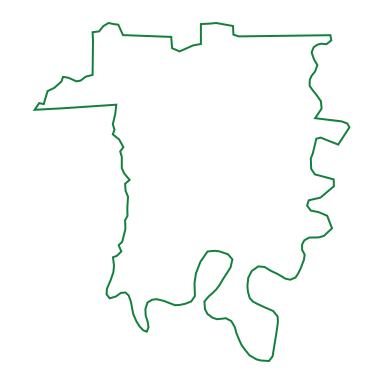 the district of Veranópolis, Rio Grande do Sul, Brazil
{"feature_id": "56859067B2457247934767", "entity_name": "Veranópolis", "entity_type": "district", "adm_level": 2, "iso_a3": "BRA", "parent_name": "Brazil", "parent_adm1": "Rio Grande do Sul", "projection": "equal_earth", "projection_center": [-51.552, -28.98], "detail": "fine", "context": "isolated", "style": "outline", "palette": "green", "viewbox_px": 384, "rotation_deg": 0, "n_neighbors": 0, "source": "geoboundaries", "source_scale": "gbopen_adm2", "svg_char_len": 2347}
<svg xmlns="http://www.w3.org/2000/svg" viewBox="0 0 384 384"><path d="M330.4,35.2L238.8,36.4L233.4,34.6L233.0,26.0L216.2,23.0L211.3,23.5L200.9,24.1L200.9,44.0L193.1,45.4L179.6,51.4L172.1,48.2L171.2,36.9L123.0,35.1L118.3,24.7L113.8,24.1L108.5,23.0L103.2,26.2L99.1,31.4L92.6,32.2L93.0,40.6L92.6,74.9L85.7,76.7L80.6,80.6L76.3,81.3L68.3,77.7L63.0,76.9L61.5,81.4L54.4,87.8L47.6,91.1L43.7,104.1L39.2,103.1L34.6,109.8L62.5,108.3L116.3,104.7L115.2,114.1L112.8,124.3L114.5,129.7L112.8,134.4L119.1,139.4L123.4,147.2L120.2,151.4L121.8,156.9L121.8,162.6L121.8,168.2L124.2,173.4L129.6,179.9L125.1,183.8L125.6,190.9L128.0,196.7L127.3,208.4L127.5,215.8L125.1,220.3L125.4,229.1L122.2,241.8L118.7,245.2L121.3,251.5L116.9,255.8L113.0,257.3L114.0,265.7L113.4,272.2L110.5,280.5L106.9,288.9L106.6,294.4L109.7,298.3L115.9,296.5L120.9,292.9L125.5,292.5L128.7,295.5L130.9,301.7L133.2,314.0L136.4,321.3L139.4,326.2L143.2,330.2L146.7,331.7L148.5,327.4L147.7,321.8L145.7,315.6L145.4,309.0L147.5,302.5L152.2,299.7L156.7,299.2L163.8,300.9L175.0,305.2L180.0,304.9L185.5,303.7L191.3,301.4L194.9,296.0L194.5,283.2L195.9,273.5L200.4,261.8L207.5,251.5L214.2,250.8L219.1,251.3L227.9,254.2L232.4,259.4L230.5,267.5L226.5,273.8L222.9,279.3L219.4,285.3L216.2,289.5L212.0,293.6L208.6,296.5L204.4,301.5L205.0,309.2L207.5,314.0L212.5,317.7L217.0,319.2L222.1,318.7L225.8,318.2L231.3,321.1L234.8,327.1L236.5,333.4L239.5,340.6L241.6,345.1L245.5,350.4L249.5,355.3L256.5,359.4L261.0,360.5L269.0,361.0L272.6,356.3L273.9,348.2L275.3,339.6L276.3,333.6L277.1,328.1L277.9,322.1L277.6,316.4L273.0,310.9L264.4,307.2L257.3,303.9L252.8,301.5L249.7,298.0L247.9,291.5L247.4,285.8L248.3,277.7L251.8,270.9L258.3,266.4L264.6,267.0L271.0,270.9L277.6,274.0L285.5,278.7L290.2,279.7L295.5,277.5L298.0,273.8L300.6,268.5L303.9,259.9L304.7,254.7L302.1,249.8L302.1,244.5L304.3,240.3L309.4,237.5L313.7,237.5L318.8,237.4L323.9,235.9L332.0,228.3L327.2,215.8L318.6,212.1L310.8,210.6L307.1,205.6L308.8,200.3L320.5,197.6L333.9,186.2L333.7,179.4L314.9,174.4L311.2,168.9L310.8,158.5L312.8,153.5L316.3,138.7L320.6,137.6L338.2,144.6L349.4,127.4L347.3,123.5L341.7,121.4L315.1,118.2L321.6,108.6L320.9,101.3L317.3,96.0L312.5,90.0L309.6,85.8L309.8,79.8L311.6,75.8L315.1,71.4L317.4,65.1L313.9,59.1L311.6,52.4L313.7,47.2L317.4,44.7L321.0,43.7L326.5,44.2L331.3,40.3L330.4,35.2Z" fill="none" stroke="#15803d" stroke-width="2"/></svg>